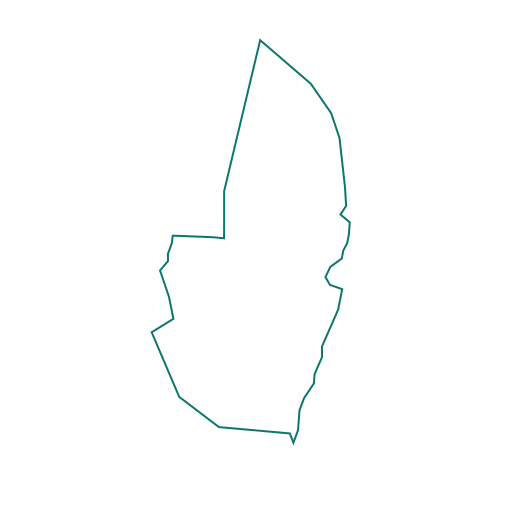 outline of Coronel João Pessoa, Rio Grande do Norte, Brazil, rotated 325°
{"feature_id": "56859067B20102167049206", "entity_name": "Coronel João Pessoa", "entity_type": "district", "adm_level": 2, "iso_a3": "BRA", "parent_name": "Brazil", "parent_adm1": "Rio Grande do Norte", "projection": "albers", "projection_center": [-38.419, -6.251], "detail": "fine", "context": "isolated", "style": "outline", "palette": "teal", "viewbox_px": 512, "rotation_deg": 325, "n_neighbors": 0, "source": "geoboundaries", "source_scale": "gbopen_adm2", "svg_char_len": 669}
<svg xmlns="http://www.w3.org/2000/svg" viewBox="0 0 512 512"><g transform="rotate(325 256 256)"><path d="M399.7,146.4L383.2,81.6L267.1,184.6L245.1,216.0L240.0,223.1L230.7,215.3L199.5,191.6L194.4,197.2L185.0,203.8L181.0,209.7L169.1,212.8L161.3,239.5L152.3,260.1L126.8,258.6L112.3,327.4L127.5,374.9L182.0,420.8L179.5,430.4L190.5,422.8L203.3,407.2L214.0,399.9L230.3,393.6L236.2,386.4L252.1,376.7L258.1,368.0L287.2,350.3L292.8,346.8L307.6,332.6L300.0,322.1L300.8,313.1L310.7,307.5L324.8,307.3L330.6,301.6L337.9,297.9L344.5,291.6L352.1,282.2L349.0,270.5L358.6,266.6L368.4,250.6L392.1,207.2L399.5,182.1L399.7,146.4Z" fill="none" stroke="#0f766e" stroke-width="2"/></g></svg>